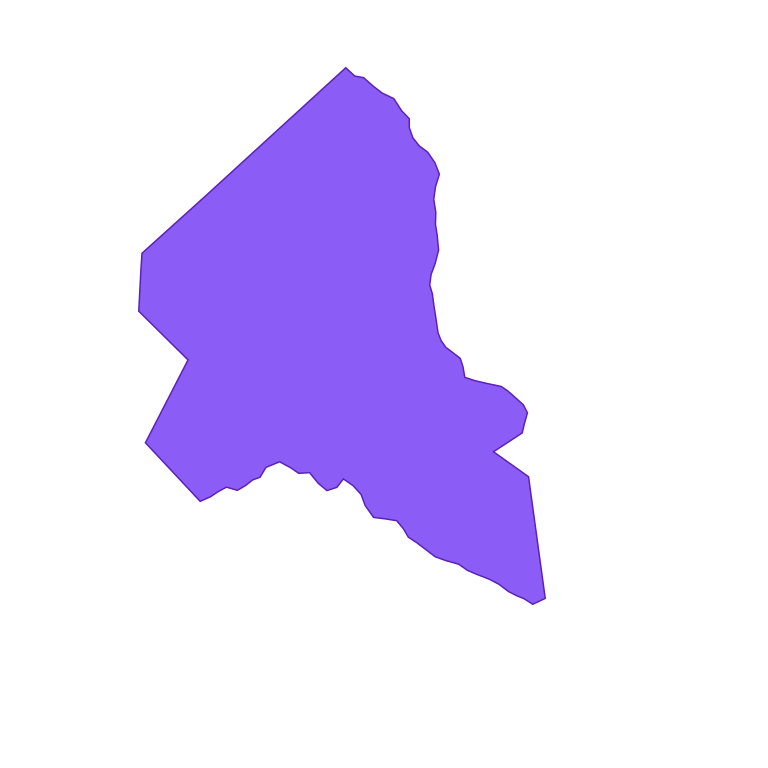 São Bentinho, Paraíba, Brazil, rotated 314°
{"feature_id": "56859067B58032123242731", "entity_name": "São Bentinho", "entity_type": "district", "adm_level": 2, "iso_a3": "BRA", "parent_name": "Brazil", "parent_adm1": "Paraíba", "projection": "albers", "projection_center": [-37.703, -6.898], "detail": "fine", "context": "isolated", "style": "filled", "palette": "violet", "viewbox_px": 768, "rotation_deg": 314, "n_neighbors": 0, "source": "geoboundaries", "source_scale": "gbopen_adm2", "svg_char_len": 1251}
<svg xmlns="http://www.w3.org/2000/svg" viewBox="0 0 768 768"><g transform="rotate(314 384 384)"><path d="M417.7,552.4L411.3,509.8L444.8,517.4L452.9,512.6L462.9,507.2L465.8,498.8L465.5,489.5L465.0,478.1L463.7,470.1L455.4,456.9L449.2,446.4L444.9,437.5L451.1,429.1L455.4,421.1L454.4,411.9L453.3,403.0L454.9,394.9L458.3,387.4L467.1,376.0L475.8,364.5L482.5,356.1L486.9,348.2L495.5,341.8L506.0,337.2L518.2,330.3L527.9,319.0L534.6,310.1L543.4,302.1L551.4,291.5L561.7,284.0L573.4,278.1L578.5,267.0L581.1,254.4L579.8,244.0L581.1,233.8L586.0,224.1L592.4,217.9L592.8,206.9L596.1,192.9L592.0,180.6L590.7,168.9L590.2,156.6L585.2,149.0L584.9,136.8L395.5,125.0L310.0,119.1L299.5,127.9L266.0,157.0L265.2,226.3L176.0,253.2L171.9,333.3L182.7,337.6L191.1,339.4L200.3,342.3L205.7,352.4L215.0,355.0L223.6,356.1L230.8,359.6L242.1,357.0L255.5,362.9L258.9,375.0L260.5,384.7L268.5,392.0L266.9,405.6L267.7,417.0L277.0,421.9L287.5,420.7L289.4,432.6L288.6,444.3L283.5,454.9L280.8,469.2L287.8,478.5L294.5,488.1L293.3,498.7L290.7,508.0L292.5,517.2L293.7,527.1L295.3,540.9L299.9,551.1L306.2,562.8L307.9,573.5L311.6,583.2L316.7,595.3L319.8,606.0L321.2,617.7L323.9,626.6L326.8,633.8L328.9,644.0L341.8,648.9L417.7,552.4Z" fill="#8b5cf6" stroke="#5b21b6" stroke-width="1.5"/></g></svg>